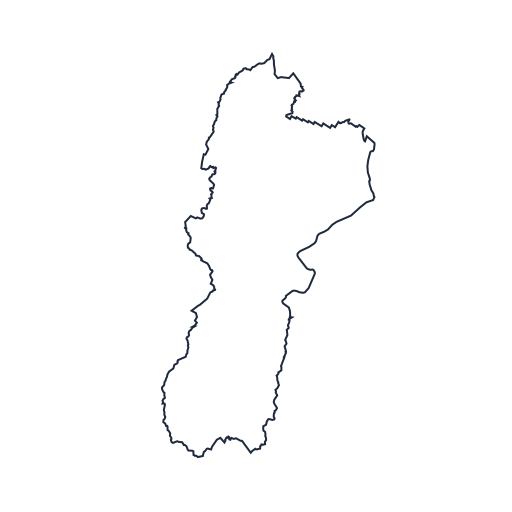 the district of Tlapacoyan, Veracruz, Mexico, rotated 335°
{"feature_id": "50627088B77470661049606", "entity_name": "Tlapacoyan", "entity_type": "district", "adm_level": 2, "iso_a3": "MEX", "parent_name": "Mexico", "parent_adm1": "Veracruz", "projection": "albers", "projection_center": [-97.179, 20.022], "detail": "fine", "context": "isolated", "style": "outline", "palette": "slate", "viewbox_px": 512, "rotation_deg": 335, "n_neighbors": 0, "source": "geoboundaries", "source_scale": "gbopen_adm2", "svg_char_len": 6120}
<svg xmlns="http://www.w3.org/2000/svg" viewBox="0 0 512 512"><g transform="rotate(335 256 256)"><path d="M198.5,222.2L200.0,223.6L201.3,226.5L202.1,228.4L201.8,230.1L204.4,232.1L205.5,234.9L204.8,236.2L205.4,236.2L205.2,237.7L208.8,242.1L209.2,245.1L209.0,248.6L209.3,249.7L210.3,250.3L210.1,251.6L206.5,253.5L206.1,256.0L206.4,259.2L203.3,262.0L204.9,264.5L205.0,266.4L204.3,268.0L204.8,269.1L204.4,269.5L202.2,269.1L201.7,269.8L199.2,269.7L193.8,274.0L184.3,276.6L182.5,276.6L174.5,278.4L177.4,282.3L176.7,286.4L173.4,288.7L174.2,291.5L170.9,293.2L169.1,293.3L170.3,293.9L168.0,294.1L165.8,295.5L164.1,295.7L162.4,297.2L161.9,299.4L160.6,300.4L159.3,300.4L158.5,300.9L158.0,301.6L158.3,303.4L157.3,307.7L156.5,308.1L156.0,310.4L153.9,312.7L152.7,315.1L151.5,315.5L149.7,317.6L141.3,317.4L140.4,318.1L140.3,319.1L139.1,320.0L136.0,320.1L133.6,323.0L128.4,324.0L125.7,325.9L124.4,327.7L122.0,329.8L121.6,330.6L119.8,331.6L118.2,334.2L115.2,335.4L114.6,337.0L114.6,340.0L115.2,341.4L114.1,343.3L113.6,345.8L113.2,346.3L111.9,346.4L110.2,347.5L110.0,349.1L108.9,350.3L110.7,351.1L110.7,352.2L107.4,356.6L106.8,359.5L105.8,361.1L105.8,363.5L104.7,364.7L102.9,365.5L101.8,367.4L102.9,369.5L102.7,372.1L103.7,372.4L103.8,373.0L102.3,376.4L103.0,377.6L103.3,380.5L102.0,382.5L102.4,384.6L102.1,386.0L101.1,386.7L100.9,389.0L101.7,390.3L106.3,390.6L107.8,392.1L110.4,393.6L110.7,396.8L111.6,397.1L112.6,399.1L112.3,402.7L112.6,403.8L115.7,405.4L116.7,406.4L115.3,410.0L116.0,410.6L116.1,411.2L117.5,411.9L118.3,413.6L123.3,414.8L125.9,411.5L127.4,411.3L129.8,410.0L130.9,410.1L133.5,412.4L135.5,410.3L142.8,406.0L146.8,405.7L148.6,411.7L150.3,410.3L150.3,409.6L152.7,408.0L153.4,408.7L154.6,407.9L155.0,408.5L154.3,410.9L155.1,411.7L156.7,410.4L158.6,412.4L160.9,412.8L163.9,416.9L165.2,417.6L168.1,432.1L170.3,431.1L173.9,430.4L174.4,431.4L178.3,432.3L179.3,430.4L180.0,429.8L180.9,429.9L181.4,429.1L182.9,430.1L184.7,430.4L185.5,428.2L187.4,427.1L188.3,424.4L188.3,423.0L189.3,421.5L189.9,419.2L189.0,417.5L189.2,416.4L190.6,413.4L193.8,413.2L196.0,410.4L198.2,409.1L199.3,409.5L201.5,411.5L203.5,411.8L204.2,411.1L204.1,409.2L205.0,407.4L205.9,406.1L206.7,405.9L207.3,404.3L208.6,404.3L210.8,402.7L210.2,397.7L210.4,395.7L212.0,393.9L216.3,391.3L216.2,388.1L216.9,387.1L217.0,385.6L219.5,384.8L222.2,382.8L222.4,380.5L222.9,379.8L222.7,378.1L224.0,374.6L224.2,373.0L225.3,372.8L226.8,371.8L227.1,370.9L230.6,370.4L232.1,367.4L232.0,366.5L239.1,359.6L238.7,359.3L242.2,356.5L242.2,355.4L242.8,355.3L243.0,354.7L243.8,349.9L246.6,348.3L247.1,345.9L246.9,344.5L251.1,340.8L252.7,335.9L255.3,335.0L255.6,332.4L258.4,329.8L259.3,328.2L258.7,327.6L259.1,327.1L262.7,326.8L260.9,325.5L262.0,324.1L263.5,320.2L264.0,316.6L260.6,310.5L260.4,309.0L261.1,307.6L264.4,306.8L265.7,306.0L266.2,304.8L274.3,303.1L276.0,303.5L278.2,305.1L279.8,307.0L283.0,309.2L284.9,309.6L290.2,307.3L301.8,296.9L302.4,295.7L302.3,293.2L301.6,292.2L299.7,291.6L298.1,290.4L296.8,288.7L293.8,275.3L293.7,273.3L294.5,271.6L296.5,270.6L298.7,270.2L307.9,270.2L314.5,269.2L316.8,267.8L320.4,263.5L322.7,262.6L328.1,262.8L332.4,262.4L338.4,259.9L343.4,259.1L359.3,259.5L370.9,255.9L378.8,254.0L385.8,254.8L388.3,252.6L388.1,251.7L388.8,248.9L388.4,245.2L389.2,239.3L390.2,236.0L391.1,235.7L391.9,233.9L392.7,227.5L394.9,221.7L398.3,216.4L403.5,210.1L404.8,209.8L406.3,210.4L408.0,209.2L410.5,205.2L411.1,203.6L407.0,194.3L403.3,198.2L402.9,197.6L403.0,195.4L404.5,189.8L405.5,188.0L408.1,186.2L405.0,180.9L402.4,181.8L401.7,180.6L401.0,181.0L398.1,175.9L396.3,175.4L396.0,175.0L396.5,173.1L398.3,172.0L398.2,171.6L394.1,171.2L392.5,171.8L391.1,171.3L388.9,171.5L388.5,170.8L387.9,170.8L387.4,169.3L382.1,172.7L380.0,169.4L377.3,171.2L373.0,164.3L370.3,166.1L365.8,159.3L363.9,160.7L360.9,155.9L359.5,156.8L356.4,151.9L355.0,152.8L351.5,147.3L350.1,148.3L347.3,144.3L344.7,146.2L342.3,142.3L343.2,141.1L349.3,141.9L350.2,140.6L349.5,139.0L350.8,138.2L350.8,137.2L352.0,135.7L351.8,134.6L352.4,134.1L354.3,133.9L356.0,132.0L356.6,132.6L357.1,131.7L357.8,131.8L357.3,129.2L358.3,128.9L358.6,128.3L360.2,128.1L360.6,127.5L362.9,129.4L363.0,128.1L364.0,127.6L363.8,126.7L364.9,125.3L366.3,125.6L367.0,126.4L369.1,126.1L369.3,125.5L368.6,122.9L369.5,122.3L368.4,121.2L369.3,118.6L367.0,106.2L361.1,108.7L354.4,104.5L350.9,104.0L349.7,99.0L351.5,96.0L353.2,90.0L354.9,86.2L355.1,84.4L356.1,82.3L355.9,79.7L351.4,83.3L349.2,83.1L344.9,84.7L341.7,83.9L340.7,82.9L338.9,82.9L334.4,83.8L332.8,83.3L329.4,85.2L328.4,83.9L326.4,82.8L326.1,81.4L323.6,81.0L322.4,82.2L318.2,82.5L315.8,83.8L315.2,82.8L314.0,83.3L313.8,84.0L313.0,84.4L313.1,85.1L312.0,85.9L309.0,85.6L305.8,87.2L305.7,87.5L306.8,87.4L306.5,88.2L306.9,88.5L304.4,88.3L302.0,88.9L301.6,90.4L300.8,91.3L298.6,92.6L298.6,93.1L296.3,94.1L295.7,95.3L293.1,95.0L290.4,97.7L290.0,99.2L288.2,100.7L286.6,100.7L286.7,102.3L285.8,103.6L286.0,104.4L283.1,106.3L281.0,111.0L279.7,111.5L280.2,112.9L280.0,113.3L278.6,114.1L277.3,116.2L276.5,116.1L274.5,117.6L274.0,118.6L272.2,119.7L271.8,120.3L271.8,121.7L270.4,123.3L270.4,124.9L269.9,125.6L264.5,128.8L263.3,128.8L262.9,130.0L259.5,131.8L257.9,134.0L258.0,138.9L253.0,142.8L251.7,141.7L246.8,148.1L243.5,153.3L244.2,154.5L246.1,155.2L246.9,156.5L250.1,156.6L252.0,155.2L252.7,155.2L253.1,156.6L254.7,157.0L254.5,158.3L256.7,158.5L257.0,159.3L255.3,161.2L254.2,161.7L254.1,162.7L254.6,162.9L254.1,163.8L252.9,164.3L251.2,163.6L250.2,164.1L249.2,165.2L247.9,165.3L246.2,166.2L246.1,167.8L247.9,172.2L248.1,173.8L245.6,176.6L244.6,176.2L244.3,175.5L242.8,175.5L242.4,177.3L243.6,179.2L243.6,180.1L241.4,181.1L241.6,181.7L240.5,183.6L240.5,184.7L238.2,184.3L238.4,185.6L235.5,188.3L234.2,188.4L232.8,189.3L231.6,192.3L230.7,192.2L229.3,190.6L228.1,190.3L227.1,190.1L225.9,191.1L225.1,194.1L226.5,196.1L225.6,197.7L223.9,198.8L223.0,199.1L221.4,198.6L219.1,196.2L217.4,196.5L213.8,192.2L206.1,195.3L204.9,199.4L203.4,200.6L203.6,201.0L204.5,201.0L204.6,201.5L203.6,203.1L203.4,204.6L203.5,205.5L204.5,206.8L203.7,207.7L204.5,210.3L204.5,212.0L202.0,215.9L199.9,216.2L198.5,217.7L197.8,219.7L198.7,221.2L198.5,222.2Z" fill="none" stroke="#1e293b" stroke-width="2"/></g></svg>